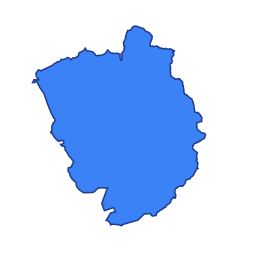 outline of Asikuma-odoben-brakwa, Central, Ghana, rotated 247°
{"feature_id": "2480657B2595733520620", "entity_name": "Asikuma-odoben-brakwa", "entity_type": "district", "adm_level": 2, "iso_a3": "GHA", "parent_name": "Ghana", "parent_adm1": "Central", "projection": "albers", "projection_center": [-1.016, 5.627], "detail": "fine", "context": "isolated", "style": "filled", "palette": "blue", "viewbox_px": 256, "rotation_deg": 247, "n_neighbors": 0, "source": "geoboundaries", "source_scale": "gbopen_adm2", "svg_char_len": 5800}
<svg xmlns="http://www.w3.org/2000/svg" viewBox="0 0 256 256"><g transform="rotate(247 128 128)"><path d="M203.1,186.2L203.4,185.9L204.1,185.6L205.9,185.5L206.3,185.1L207.7,184.6L208.7,183.7L209.5,182.8L210.9,181.7L211.4,181.6L212.6,181.5L213.4,181.2L214.1,180.5L215.5,178.5L217.1,177.0L218.5,175.4L218.9,174.5L219.4,172.4L219.2,171.8L217.8,169.9L217.4,169.5L217.4,168.4L217.3,167.0L217.4,165.8L217.6,165.8L216.5,164.3L213.9,162.3L213.3,161.5L213.1,161.6L211.9,161.0L209.5,158.8L209.0,157.7L208.1,157.1L206.6,156.7L205.6,156.3L203.9,156.6L203.1,155.7L201.4,154.9L200.7,154.3L199.8,152.4L199.1,151.3L197.1,150.8L192.8,148.7L192.9,148.3L195.1,147.9L196.0,148.1L196.8,148.6L198.6,149.2L198.9,149.5L199.9,148.4L200.5,148.1L200.9,147.5L201.1,146.9L201.5,146.1L201.7,145.1L202.6,143.6L203.6,141.7L204.4,141.1L207.8,139.8L206.0,137.2L205.6,136.2L205.2,133.8L205.4,131.7L206.7,128.1L206.6,127.6L207.3,126.7L209.3,126.4L210.6,125.6L211.8,125.3L212.2,125.0L213.1,123.4L214.1,122.3L214.7,120.6L214.9,120.4L218.2,119.8L217.0,118.4L217.1,118.1L217.0,117.6L216.4,116.6L216.5,113.1L216.0,112.2L215.6,111.6L213.7,110.6L213.8,109.2L213.1,108.3L213.2,107.3L214.0,104.7L213.7,102.8L213.1,102.2L214.0,101.6L214.9,101.4L216.0,100.6L216.3,100.2L216.6,99.6L216.2,98.5L216.1,95.8L217.2,93.5L217.0,92.9L216.1,91.6L216.0,90.8L216.2,89.8L216.5,89.3L215.7,84.0L215.2,83.0L215.0,82.1L215.0,81.1L215.2,80.8L215.0,77.8L214.7,70.0L215.8,69.3L216.4,68.4L216.2,67.5L215.1,66.1L214.7,65.2L214.3,64.7L213.6,64.3L211.7,63.9L210.5,64.1L209.6,63.8L208.3,64.6L207.3,64.7L207.5,63.6L208.0,62.5L208.3,62.2L208.8,61.3L209.1,60.1L208.6,59.7L207.1,57.9L206.3,59.6L206.3,60.0L206.9,61.2L207.0,61.9L206.4,62.2L199.9,62.6L196.6,63.2L193.0,64.1L182.3,63.4L171.8,63.1L171.1,63.1L168.5,63.6L166.8,63.3L165.2,64.1L164.5,64.2L164.0,64.1L162.6,62.9L161.3,60.5L160.3,59.7L159.5,58.7L155.8,57.1L155.5,56.8L154.5,56.5L154.4,55.9L154.6,55.5L154.1,55.1L153.4,55.6L153.0,55.4L152.9,55.4L152.7,55.7L152.4,55.8L152.1,56.3L151.7,56.5L150.4,56.3L149.0,56.6L148.4,56.5L146.1,57.4L144.9,58.0L143.2,58.5L142.8,59.0L143.0,59.9L142.4,60.8L142.8,61.5L142.8,61.8L141.8,63.0L141.1,63.4L140.9,63.7L139.8,63.4L139.4,63.0L138.7,60.6L139.2,59.6L137.3,60.1L136.2,62.0L135.0,62.3L133.7,62.1L132.7,61.6L132.2,61.5L130.0,62.2L124.8,62.8L122.7,63.8L120.6,64.1L120.5,64.3L120.0,64.6L119.6,64.7L118.8,64.5L118.0,64.7L116.7,62.9L115.2,61.4L114.7,61.4L114.3,60.7L114.4,60.1L114.2,59.4L114.6,58.8L114.6,58.3L114.5,57.4L112.4,56.2L110.8,56.1L109.8,56.5L109.3,56.5L107.7,56.4L106.8,56.0L104.5,56.2L103.2,56.9L102.6,56.6L102.3,56.7L101.6,57.1L101.1,57.2L100.7,57.8L99.8,57.8L99.1,58.4L97.9,58.9L97.3,58.7L96.8,58.3L93.8,58.0L90.3,58.9L85.8,61.8L82.9,69.1L82.3,71.0L83.0,73.6L83.6,74.8L84.0,76.0L84.1,76.6L84.0,78.0L83.8,79.2L81.5,83.9L80.9,85.7L68.8,74.4L61.1,74.0L60.4,83.6L55.7,83.8L56.3,81.2L56.6,78.9L51.6,71.8L49.5,73.8L46.3,74.5L45.7,74.1L45.5,76.0L44.1,78.9L43.0,80.9L42.6,81.2L42.0,82.5L41.2,83.1L40.5,84.0L41.0,85.2L41.3,85.2L39.3,101.3L42.5,109.2L40.4,115.3L39.9,115.4L38.5,115.3L38.2,115.5L37.3,116.4L37.1,116.7L37.0,117.9L36.6,119.1L36.6,119.8L37.7,120.4L38.4,121.6L38.9,122.3L39.4,125.1L39.7,125.9L40.1,129.2L40.5,130.1L40.5,131.6L40.6,131.9L41.4,132.7L41.7,133.4L42.0,134.5L42.2,135.9L42.6,136.8L42.7,137.5L43.6,138.8L45.2,139.6L45.5,140.0L45.5,140.7L46.5,143.2L46.2,143.4L45.6,143.2L45.4,143.3L45.0,144.0L45.6,144.7L46.5,145.0L47.5,145.8L50.5,145.9L51.8,146.7L52.4,146.9L52.9,147.2L53.6,148.6L53.7,149.9L54.1,150.5L54.2,151.1L54.1,151.7L54.3,152.7L54.0,153.7L54.0,154.2L53.6,154.5L53.5,154.9L53.2,155.2L53.1,155.4L53.3,156.2L54.8,158.8L56.4,160.2L56.7,160.7L57.4,161.3L57.4,162.5L57.2,163.2L57.3,164.5L57.0,164.9L57.1,165.2L57.5,165.8L58.0,166.2L58.2,167.8L58.5,168.8L59.1,169.6L59.3,170.1L59.7,170.6L60.2,171.0L60.4,171.4L61.4,172.2L61.7,173.4L62.4,173.6L62.5,174.0L62.8,174.2L63.2,175.0L63.4,175.2L63.4,176.6L63.9,176.4L65.7,176.8L66.6,177.4L67.1,177.9L68.4,178.6L70.1,178.5L70.7,178.3L71.4,178.3L72.2,179.4L73.2,179.2L74.2,180.0L75.8,180.3L77.2,181.6L78.4,182.1L81.4,180.3L84.2,179.5L86.2,180.5L86.2,181.4L87.1,181.8L87.2,182.3L87.6,182.8L87.7,183.6L87.5,184.6L87.5,185.5L87.7,185.8L87.7,186.3L87.8,187.0L87.9,187.8L87.7,187.8L87.8,188.1L87.7,189.2L87.8,189.5L88.3,189.8L88.2,191.1L88.5,192.1L88.5,194.1L91.4,196.8L92.6,196.6L93.4,196.1L93.9,195.5L94.7,193.9L95.1,193.5L96.9,193.0L98.8,191.6L99.2,191.5L101.9,191.6L103.4,192.4L105.8,193.1L105.9,193.4L105.6,194.7L105.7,196.1L105.2,198.5L105.7,198.5L107.1,199.0L108.2,200.0L108.5,200.1L109.1,199.9L110.2,199.9L110.8,199.7L112.5,199.5L113.5,199.0L114.9,198.5L115.8,196.4L116.2,196.0L116.6,195.9L119.2,196.2L119.7,196.6L123.7,197.6L125.9,197.9L126.4,197.9L128.6,198.1L130.0,198.0L130.9,197.1L131.7,196.8L132.2,196.3L135.3,195.1L135.7,194.8L136.0,194.3L136.8,193.5L137.7,193.5L138.3,193.7L139.1,193.1L140.9,194.3L141.8,194.4L145.8,195.4L147.4,195.5L147.9,195.6L148.6,196.1L149.7,196.1L151.0,195.3L152.4,195.1L153.3,194.5L154.0,192.5L154.1,191.3L154.6,191.0L154.6,190.3L155.4,190.2L156.9,188.9L159.0,188.2L160.2,188.0L161.4,188.2L162.0,188.9L162.5,188.8L163.5,189.3L164.5,189.3L164.8,189.4L165.1,190.0L168.2,191.2L169.5,191.0L170.2,191.7L170.8,191.9L170.6,193.0L171.1,194.2L171.7,194.5L172.7,194.7L173.3,195.2L175.5,195.3L177.0,198.3L177.7,198.6L178.0,198.9L179.1,199.2L179.7,198.8L180.5,198.8L180.7,199.6L180.4,200.5L181.0,200.9L181.6,200.4L182.3,199.3L183.1,199.1L184.2,198.1L184.7,196.7L184.6,196.3L184.8,195.6L186.6,193.8L186.6,193.0L186.7,191.9L187.6,191.2L187.9,190.5L188.1,190.5L188.3,189.9L188.8,189.5L188.9,188.8L189.0,188.8L189.3,188.1L189.5,188.0L189.9,188.2L190.2,188.1L191.1,187.1L191.9,186.9L192.2,186.7L192.3,185.6L192.5,185.1L192.6,184.0L193.9,182.7L194.3,180.5L194.5,180.4L194.8,180.6L196.1,180.9L197.2,181.5L199.6,183.7L200.2,184.5L203.1,186.2Z" fill="#3b82f6" stroke="#1e3a8a" stroke-width="1.5"/></g></svg>